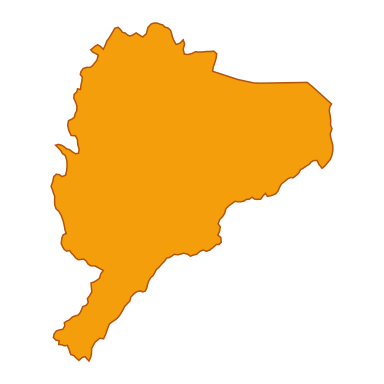 Trajano de Moraes, Rio de Janeiro, Brazil
{"feature_id": "56859067B81893048284321", "entity_name": "Trajano de Moraes", "entity_type": "district", "adm_level": 2, "iso_a3": "BRA", "parent_name": "Brazil", "parent_adm1": "Rio de Janeiro", "projection": "equal_earth", "projection_center": [-42.183, -22.156], "detail": "fine", "context": "isolated", "style": "filled", "palette": "amber", "viewbox_px": 384, "rotation_deg": 0, "n_neighbors": 0, "source": "geoboundaries", "source_scale": "gbopen_adm2", "svg_char_len": 3551}
<svg xmlns="http://www.w3.org/2000/svg" viewBox="0 0 384 384"><path d="M58.7,344.5L61.9,344.8L64.3,345.8L67.4,345.4L69.5,350.6L70.7,354.5L73.8,355.5L76.3,358.1L78.9,360.4L82.0,357.6L85.1,356.6L86.8,358.7L89.0,361.0L90.6,357.6L91.5,353.5L91.6,348.8L93.2,345.4L95.3,341.9L97.6,340.1L99.7,338.3L103.6,338.8L106.0,333.3L107.2,329.7L108.3,326.7L109.5,323.9L112.5,321.6L116.0,319.3L118.1,317.4L120.3,314.3L122.9,309.9L124.8,306.2L126.9,304.1L129.8,301.1L130.8,297.1L133.9,293.8L136.7,291.7L140.4,290.9L142.7,291.9L145.1,291.2L146.7,288.3L147.6,284.2L148.9,280.6L150.7,277.6L152.8,275.9L154.5,273.0L156.1,269.9L159.2,267.0L161.6,264.1L164.5,261.3L166.6,258.1L169.4,257.5L171.9,256.0L174.3,254.3L177.9,254.8L180.8,254.1L183.5,253.2L187.5,254.1L190.4,256.2L193.7,255.0L196.6,254.3L199.7,251.5L203.3,250.0L206.5,251.3L209.8,250.0L213.5,247.1L216.4,244.5L218.9,244.5L221.2,242.3L220.8,237.3L217.8,235.1L219.4,231.8L220.3,226.8L218.1,223.8L219.8,219.5L222.8,216.3L224.6,213.4L225.9,208.7L229.2,205.5L232.1,203.4L235.2,201.3L237.8,201.8L240.7,201.8L244.1,201.0L246.4,199.4L249.2,199.2L252.3,197.2L254.3,199.0L256.9,199.4L260.7,199.2L263.0,195.9L265.5,193.3L267.4,196.4L271.6,195.5L275.7,193.8L278.2,190.8L279.3,187.8L281.4,184.0L284.5,181.5L287.8,178.8L290.6,177.5L293.1,177.8L296.0,175.6L298.6,173.2L300.6,169.5L303.0,168.4L306.2,166.1L309.3,164.2L311.0,162.1L313.5,160.6L317.2,160.5L319.0,164.5L322.1,168.3L325.0,165.8L326.9,163.5L330.1,159.7L332.0,155.1L332.9,150.2L332.7,144.7L331.2,139.5L330.1,134.0L332.0,128.7L330.5,125.0L330.7,121.0L330.3,116.2L329.3,111.4L329.7,107.0L331.5,104.0L312.7,86.9L307.2,82.4L261.3,83.2L254.0,83.0L242.0,80.4L238.1,79.6L212.6,71.3L213.3,66.9L214.8,62.7L216.1,58.2L216.7,53.7L213.7,51.1L210.2,51.5L206.7,51.5L203.1,51.9L199.0,52.1L195.6,51.7L191.9,53.5L187.9,54.5L184.4,54.1L183.2,49.4L184.6,44.0L183.2,39.8L180.1,43.1L176.2,44.5L173.7,40.3L172.4,36.7L171.5,33.3L170.5,30.3L168.0,27.9L165.0,27.2L162.7,24.9L160.1,24.2L157.6,23.2L154.3,23.0L151.3,23.9L148.0,27.3L146.3,33.8L142.6,37.0L139.2,34.9L136.2,32.9L133.2,34.7L130.1,36.1L127.6,35.1L125.4,33.1L122.4,32.3L120.7,29.8L118.1,27.3L114.9,28.2L113.3,30.9L111.4,34.2L109.4,37.6L107.0,40.7L105.5,44.7L103.3,49.3L100.2,46.2L97.6,44.7L94.8,46.4L92.8,48.2L90.7,49.8L92.8,52.1L95.2,53.3L98.3,55.2L96.8,60.4L94.8,62.9L92.5,65.7L90.2,67.4L87.0,67.3L83.2,68.5L81.0,71.5L80.3,74.7L82.3,77.0L81.9,80.7L80.9,85.5L80.5,89.5L77.6,88.8L76.6,92.1L74.1,94.4L73.8,98.3L75.8,102.4L77.0,106.4L76.7,110.8L75.0,114.1L74.4,117.3L71.4,119.4L68.5,120.6L67.7,125.2L68.8,130.4L71.1,135.5L75.4,135.8L77.4,139.5L77.8,144.8L79.2,149.5L78.5,153.3L75.4,153.7L72.3,151.8L69.7,149.7L66.5,148.8L63.8,146.5L61.5,145.2L58.5,144.4L55.6,145.2L58.1,147.7L60.9,150.7L62.5,153.7L65.1,155.3L66.9,160.5L67.1,166.5L66.5,171.3L65.6,175.2L62.0,176.6L59.4,174.7L56.3,174.2L53.7,176.8L52.7,181.9L51.1,186.3L52.6,190.1L53.5,193.2L54.7,196.3L54.6,199.8L54.7,204.7L56.0,208.7L58.8,211.3L61.2,215.4L63.2,220.9L64.3,225.8L65.0,230.0L66.2,233.5L63.2,234.8L61.9,238.0L61.2,243.4L62.6,246.8L64.1,249.4L66.7,251.1L69.7,250.6L71.3,253.0L73.6,255.3L75.7,257.9L78.1,259.7L81.1,259.4L83.5,259.0L85.9,260.7L88.1,264.1L90.7,265.8L94.8,265.9L98.8,268.0L103.3,270.4L100.8,273.8L99.5,278.3L96.2,280.7L93.6,282.3L91.1,282.8L91.3,286.4L91.8,291.9L89.5,295.9L87.4,298.6L88.2,302.5L86.4,305.2L82.7,306.7L81.4,310.1L79.7,313.4L77.8,315.3L74.7,316.0L72.1,317.2L69.4,319.9L66.7,321.1L64.3,322.7L64.8,326.0L62.8,329.3L59.1,330.0L56.5,330.9L54.1,334.0L53.4,337.5L55.9,340.1L59.1,340.7L58.7,344.5Z" fill="#f59e0b" stroke="#b45309" stroke-width="1.5"/></svg>